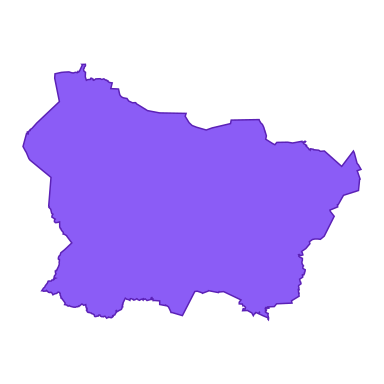 Salvador Escalante, Michoacán, Mexico (Robinson projection)
{"feature_id": "50627088B74968068744186", "entity_name": "Salvador Escalante", "entity_type": "district", "adm_level": 2, "iso_a3": "MEX", "parent_name": "Mexico", "parent_adm1": "Michoacán", "projection": "robinson", "projection_center": [-101.725, 19.39], "detail": "fine", "context": "isolated", "style": "filled", "palette": "violet", "viewbox_px": 384, "rotation_deg": 0, "n_neighbors": 0, "source": "geoboundaries", "source_scale": "gbopen_adm2", "svg_char_len": 5814}
<svg xmlns="http://www.w3.org/2000/svg" viewBox="0 0 384 384"><path d="M292.0,303.1L291.5,300.8L299.1,296.2L298.8,293.7L299.1,293.6L299.1,293.2L298.7,293.2L298.4,290.6L299.2,289.8L299.0,289.4L298.7,289.6L298.3,289.3L299.0,288.1L298.5,286.2L298.7,285.5L301.0,283.8L300.7,282.1L300.3,282.0L299.6,279.2L302.7,277.2L302.7,276.2L302.3,275.0L303.0,274.6L303.7,274.9L303.9,274.8L304.3,273.6L304.5,273.4L304.4,272.6L304.9,272.0L305.2,270.0L305.2,269.7L303.8,269.0L302.8,268.2L302.9,266.5L303.5,265.9L302.3,264.2L301.9,262.7L302.0,261.5L302.4,260.3L302.4,258.3L300.0,257.3L298.7,256.1L298.7,255.9L299.5,255.4L298.8,254.6L299.4,254.5L299.8,255.0L300.8,255.6L302.9,254.9L302.3,252.7L301.6,251.8L302.1,251.1L305.8,248.6L309.9,243.7L309.4,241.7L312.6,239.4L313.0,239.4L314.8,239.0L317.8,239.0L320.4,239.3L324.2,236.2L334.2,216.3L330.4,211.5L329.9,210.1L337.7,206.9L337.5,205.8L337.8,205.3L337.5,204.7L338.4,204.3L343.5,195.3L358.5,190.5L359.6,179.3L360.1,179.1L357.2,170.7L361.0,169.4L358.4,164.8L357.1,163.4L354.3,152.9L353.4,151.0L341.7,166.4L324.4,151.0L320.4,151.3L318.7,150.2L313.5,149.7L313.4,149.3L310.7,148.8L310.2,150.0L309.8,149.4L309.2,149.6L309.0,149.3L308.9,149.0L309.1,149.0L306.0,145.9L306.5,145.3L303.9,143.8L303.1,142.6L304.4,141.9L305.0,142.3L305.6,141.5L305.0,141.2L303.1,142.2L301.9,141.8L301.9,141.3L292.6,143.0L287.7,142.2L276.8,142.4L274.9,144.7L272.7,143.6L265.7,139.2L266.4,135.9L265.0,131.2L264.9,131.3L263.8,127.4L262.7,125.0L262.0,124.0L261.0,123.2L259.4,120.6L259.1,119.6L231.2,120.1L230.5,123.6L212.2,127.9L206.2,130.0L196.5,127.2L192.1,125.5L189.1,122.7L185.2,116.3L186.1,113.4L159.6,112.9L147.5,110.6L136.5,103.8L135.7,102.7L135.3,102.6L132.5,102.8L128.7,101.0L127.0,98.5L123.3,97.8L121.5,96.9L120.4,95.7L119.7,94.5L118.5,89.0L110.8,88.6L112.2,82.9L109.7,82.5L108.7,82.0L107.6,81.1L107.7,80.9L107.3,80.9L106.7,80.1L105.6,80.1L104.0,78.9L103.4,78.9L102.2,79.4L101.5,79.4L100.2,78.7L95.7,78.9L94.3,80.0L93.5,80.3L93.2,80.1L93.2,79.2L92.3,78.8L91.7,78.2L91.0,78.2L90.7,78.3L90.5,79.4L87.8,79.6L86.4,80.3L85.3,76.9L85.5,72.3L84.9,71.9L83.9,71.0L83.6,69.7L83.6,68.9L84.3,68.0L84.4,67.0L85.3,66.1L85.5,65.5L85.4,64.3L82.0,64.4L82.4,64.8L79.6,70.9L79.1,71.7L77.5,72.5L77.5,72.1L77.2,72.5L75.4,72.3L73.2,73.0L71.2,72.6L69.0,71.9L64.7,72.1L61.3,72.4L55.0,73.8L54.7,78.2L59.4,101.6L36.8,123.0L32.0,128.4L30.1,129.6L30.3,130.1L30.2,130.5L29.3,130.8L28.5,131.6L28.4,132.0L27.4,131.9L27.3,132.8L27.5,132.8L28.1,132.5L28.3,133.3L28.1,134.0L26.5,133.6L23.0,146.5L25.4,151.0L26.3,152.4L28.9,158.6L30.0,160.1L51.0,177.4L48.7,206.1L49.2,206.6L48.9,207.3L50.7,209.2L51.6,213.1L52.2,213.9L52.9,214.2L52.0,215.9L51.9,217.1L55.2,219.1L54.5,219.8L54.4,221.7L55.1,222.2L55.2,222.5L55.7,222.7L57.3,222.5L59.6,221.9L59.7,226.9L60.1,228.0L60.4,228.1L60.5,228.7L60.9,228.8L61.3,230.0L62.6,231.7L63.3,232.3L63.2,234.1L64.0,234.1L66.7,235.7L66.8,236.2L71.8,242.9L64.5,249.8L60.8,252.8L60.1,255.1L59.1,256.0L58.5,257.2L58.3,259.0L58.8,259.5L59.4,259.5L59.4,261.1L59.1,262.2L59.3,263.6L59.1,264.8L58.2,267.2L57.4,268.6L57.0,269.9L56.4,270.1L56.4,270.7L55.3,271.0L55.5,273.1L55.9,273.4L55.9,273.6L55.7,274.3L54.3,276.1L54.2,276.4L54.4,277.0L54.1,277.3L54.0,277.9L55.4,278.2L53.7,278.9L54.0,279.5L53.1,280.0L52.0,279.9L51.4,280.8L50.9,281.1L48.7,281.0L48.1,281.2L47.4,283.1L45.4,285.6L44.6,287.3L43.5,288.1L41.8,290.7L42.6,290.7L43.3,291.2L45.6,291.1L46.5,290.5L46.7,291.0L47.0,290.9L48.5,292.3L50.0,292.6L50.9,292.2L52.1,293.2L52.9,294.8L55.1,293.6L55.8,293.7L56.8,293.3L58.1,292.1L59.6,292.5L59.8,293.3L60.2,293.6L60.1,295.0L60.8,296.3L61.0,298.1L61.9,298.4L62.3,299.3L62.8,299.8L65.0,302.8L65.1,303.4L64.6,304.6L66.8,305.0L67.2,305.6L68.1,306.1L68.7,306.0L69.3,305.6L69.9,306.1L70.6,306.4L73.4,307.1L74.8,307.2L75.7,307.2L76.5,306.7L77.5,306.8L77.9,306.5L78.8,306.5L79.0,305.8L79.6,305.9L81.7,304.1L82.4,304.4L82.5,304.3L83.7,305.3L85.7,304.6L86.0,307.0L86.5,308.3L87.0,308.3L87.0,309.8L86.6,309.8L86.4,310.1L87.5,312.0L88.3,312.5L88.9,312.3L90.3,312.9L91.4,313.1L92.0,313.8L92.5,313.8L94.1,314.6L94.5,316.1L94.8,316.5L95.9,316.6L96.8,316.2L98.2,316.1L98.6,315.2L99.9,315.0L100.4,316.1L101.8,316.7L102.1,316.6L103.6,316.8L103.9,316.4L105.1,316.3L106.7,318.2L108.6,317.1L108.9,317.5L110.0,317.3L110.7,317.7L111.5,317.7L112.2,317.3L112.6,315.9L113.2,316.3L113.6,315.3L114.8,314.9L115.5,313.5L116.3,312.4L116.1,310.7L116.3,310.5L117.3,311.6L117.5,311.6L118.5,310.8L121.0,309.6L121.5,309.2L122.0,308.0L122.2,306.7L122.7,306.7L122.4,305.3L122.6,305.3L122.7,304.2L123.1,303.9L122.9,303.2L125.3,298.2L126.8,299.3L128.2,299.5L129.9,300.4L130.3,298.7L131.5,298.7L133.5,299.9L133.6,299.7L133.9,300.1L135.9,299.4L136.7,298.7L137.2,298.9L138.1,299.8L139.6,300.3L140.5,299.6L141.5,299.2L142.0,299.3L143.0,300.0L143.0,298.8L143.3,298.6L144.1,299.4L145.2,298.9L147.0,300.5L150.8,299.5L151.1,298.0L151.9,297.5L152.1,297.8L152.2,299.4L153.0,299.1L153.1,300.6L154.5,300.5L159.7,300.9L159.7,304.5L166.0,305.7L165.9,305.3L166.8,305.7L168.5,306.9L170.5,311.1L171.0,312.5L172.2,312.6L182.4,315.6L194.8,291.5L197.3,291.2L202.1,292.8L202.4,293.3L208.7,290.9L208.7,290.7L218.5,292.6L219.1,291.7L219.4,292.0L223.6,291.6L241.0,299.9L239.2,302.2L239.2,303.9L242.4,304.1L242.9,305.8L243.3,305.6L243.9,305.8L245.5,307.3L245.2,308.9L244.7,309.0L243.2,308.6L242.6,310.7L247.5,310.5L251.8,312.9L253.3,315.7L254.2,314.1L254.5,313.8L254.8,313.8L255.0,313.6L254.8,313.5L255.9,312.4L258.6,313.7L259.4,312.2L259.5,312.3L258.7,313.7L262.7,315.6L267.7,317.7L268.0,318.2L268.0,319.3L268.4,319.7L268.6,317.9L267.9,315.1L268.2,313.5L266.9,313.0L265.5,312.1L265.6,311.6L265.4,311.3L265.6,310.4L266.3,310.6L266.5,310.0L265.8,309.9L265.8,309.6L265.1,309.3L265.9,309.3L265.9,309.0L265.5,308.9L265.6,308.1L268.9,308.2L268.9,307.9L265.6,307.8L265.8,307.5L267.4,307.5L267.7,306.9L274.3,306.6L276.6,303.8L292.0,303.1Z" fill="#8b5cf6" stroke="#5b21b6" stroke-width="1.5"/></svg>